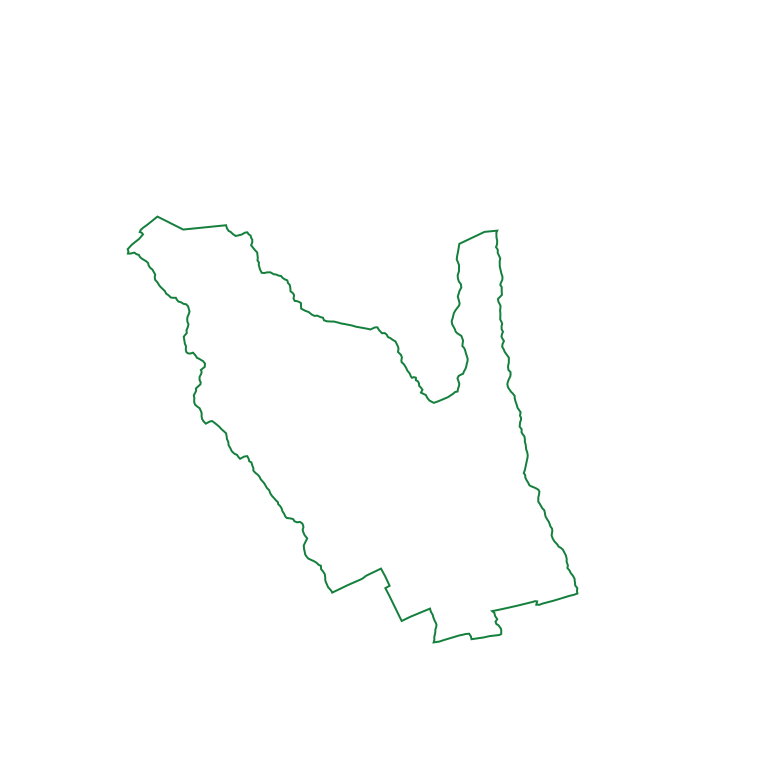 Githunguri, Central, Kenya (Albers equal-area conic projection), rotated 42°
{"feature_id": "3690345B4833769757076", "entity_name": "Githunguri", "entity_type": "district", "adm_level": 2, "iso_a3": "KEN", "parent_name": "Kenya", "parent_adm1": "Central", "projection": "albers", "projection_center": [36.787, -1.05], "detail": "fine", "context": "isolated", "style": "outline", "palette": "green", "viewbox_px": 768, "rotation_deg": 42, "n_neighbors": 0, "source": "geoboundaries", "source_scale": "gbopen_adm2", "svg_char_len": 6165}
<svg xmlns="http://www.w3.org/2000/svg" viewBox="0 0 768 768"><g transform="rotate(42 384 384)"><path d="M356.9,203.7L346.2,229.4L351.0,237.0L352.7,239.9L354.7,242.8L357.4,244.0L360.3,245.5L364.3,250.1L366.0,253.9L368.3,256.1L371.0,257.7L374.4,258.4L376.9,260.6L377.8,264.3L380.4,269.7L385.9,273.2L387.3,275.3L387.8,281.3L388.5,284.6L391.0,289.2L392.3,292.1L394.5,293.9L400.1,295.9L402.1,297.1L404.3,297.3L409.3,296.5L413.7,298.8L415.2,301.1L416.8,303.3L419.7,303.7L421.5,304.5L423.9,306.1L429.3,309.3L430.9,311.3L432.0,313.7L433.3,315.7L434.4,318.3L435.1,321.4L435.9,323.5L434.7,326.1L434.1,328.1L434.8,330.6L439.8,333.4L441.1,335.4L442.3,338.2L443.7,340.4L442.2,342.3L441.9,345.1L440.3,351.1L435.7,360.9L433.7,364.6L431.7,365.2L428.8,365.9L425.3,365.3L422.5,364.2L417.2,365.7L416.4,362.5L414.0,362.0L411.3,361.8L409.6,360.1L407.1,359.3L405.2,359.9L403.5,358.0L401.6,358.9L400.6,360.7L398.7,360.3L396.1,359.0L392.4,358.4L389.4,357.1L385.5,356.0L382.5,356.0L381.0,354.7L379.5,352.2L377.0,351.0L372.9,350.8L371.2,348.1L369.5,346.9L364.1,344.7L360.7,345.4L357.7,345.7L355.5,346.5L353.0,345.5L350.4,345.7L348.5,347.6L344.4,347.3L341.2,346.3L339.4,348.0L337.4,352.6L334.8,354.0L324.8,360.2L320.8,362.1L316.5,364.7L314.5,365.8L312.0,367.5L308.7,369.1L305.0,371.1L302.8,373.1L299.6,375.6L296.8,376.8L294.4,375.6L291.7,376.9L288.7,377.8L286.9,379.8L284.2,380.7L280.0,380.9L276.4,382.3L272.0,383.4L268.0,379.4L265.8,379.9L263.8,380.7L262.0,382.0L259.7,381.1L257.7,378.1L255.2,377.4L252.6,377.7L249.9,375.1L247.5,373.4L245.1,373.2L242.8,371.7L240.3,372.6L237.7,373.0L235.2,372.6L233.3,373.9L230.6,374.8L228.7,376.2L224.9,377.0L222.5,379.2L220.8,381.6L218.7,383.2L215.3,381.9L211.2,379.3L209.8,377.4L207.4,376.9L205.8,374.7L201.7,371.1L198.8,370.9L192.4,369.8L191.5,367.2L189.7,365.0L187.6,364.3L185.5,363.0L183.0,363.3L181.0,362.7L179.5,364.4L178.1,368.4L174.8,373.2L171.6,373.7L168.1,373.6L166.2,374.2L163.1,373.4L160.4,371.7L131.4,403.6L103.6,411.2L101.6,423.7L100.4,429.3L100.1,432.2L100.8,434.5L102.8,433.7L104.8,434.1L104.9,440.1L103.4,449.0L103.3,455.3L105.4,456.5L106.4,458.4L108.0,457.1L110.6,453.4L113.1,453.2L115.4,452.1L117.5,452.9L120.1,452.9L125.2,451.9L127.8,452.0L129.8,453.4L132.5,454.1L135.3,453.9L140.8,455.8L142.1,458.0L144.2,459.7L147.2,460.0L151.4,461.2L153.4,461.4L159.1,461.6L161.6,462.6L164.9,462.2L167.7,462.4L169.8,460.9L171.6,459.2L173.5,459.9L176.0,460.3L178.7,459.0L181.3,458.6L183.8,457.1L186.5,457.4L191.0,460.3L192.2,462.9L193.0,465.5L194.6,467.8L196.4,469.4L198.6,470.3L200.0,472.7L201.2,476.1L203.3,478.1L203.5,482.8L209.2,487.4L211.6,488.4L213.7,491.1L215.7,492.5L217.8,492.4L219.6,491.1L221.1,488.5L224.8,488.9L227.6,489.7L229.6,489.0L234.3,488.1L237.3,488.6L239.3,491.2L238.9,493.8L238.5,496.1L240.3,496.9L241.3,498.6L242.2,502.1L244.3,504.5L246.7,505.4L247.8,507.1L247.2,513.1L248.9,514.7L249.6,516.9L250.2,519.7L252.5,521.4L253.9,523.2L255.4,524.7L257.6,525.8L260.6,525.7L263.2,525.4L265.3,526.3L267.9,527.6L270.1,530.1L272.2,531.7L275.0,532.5L278.1,532.7L279.7,528.4L280.9,526.6L284.6,526.2L288.7,526.0L290.8,526.0L292.9,526.3L299.6,526.3L302.0,528.1L304.1,530.0L307.0,531.2L309.5,533.5L312.5,534.4L315.8,535.8L319.5,535.9L322.3,535.0L324.3,535.6L327.1,535.9L328.7,531.4L330.7,529.1L333.8,530.3L335.6,531.6L337.9,531.0L340.9,532.8L343.3,534.0L344.9,535.8L347.9,536.1L350.7,535.9L353.4,536.2L356.2,537.3L361.4,537.9L366.5,539.6L369.8,539.8L372.6,541.3L375.5,542.1L382.3,542.8L384.2,542.8L385.8,544.1L388.5,544.2L391.0,544.9L393.7,546.5L396.7,547.3L399.2,548.4L401.2,548.7L404.9,546.2L406.9,545.2L409.3,545.9L411.9,545.0L413.7,542.8L416.4,542.3L418.4,543.1L420.0,544.4L421.1,546.8L423.3,548.2L426.3,549.5L430.2,550.1L432.4,557.7L434.9,560.0L437.7,562.0L439.5,563.4L442.0,564.1L444.5,564.4L447.9,563.4L450.2,562.6L453.2,562.0L456.5,562.1L458.7,561.3L461.2,563.7L464.2,564.1L467.3,565.0L469.8,567.1L471.4,568.9L473.3,570.1L478.4,572.4L483.1,572.9L485.1,573.7L491.7,557.6L497.5,544.8L498.3,542.6L499.0,538.5L505.3,523.2L513.5,526.1L523.2,530.2L521.6,534.8L529.4,537.7L555.7,548.3L559.5,539.0L568.5,520.1L571.2,521.9L574.6,522.9L576.8,524.4L578.6,525.3L580.4,526.2L582.3,526.8L584.2,527.9L585.4,529.7L586.5,532.1L588.1,534.0L589.5,536.2L590.5,538.2L592.6,540.4L593.8,542.8L597.4,538.5L600.2,533.6L608.5,520.0L610.5,517.4L611.9,515.2L614.4,512.6L617.6,513.5L619.8,515.1L627.7,505.6L631.0,500.9L637.7,493.3L638.4,491.4L636.0,488.6L634.3,487.5L630.5,486.7L628.2,487.2L625.9,486.0L625.5,483.0L621.8,482.1L619.3,480.3L616.4,480.4L622.5,472.1L631.3,459.7L640.2,446.6L641.6,444.3L643.3,443.1L644.9,446.1L647.3,444.0L648.5,441.5L654.8,431.9L663.6,417.3L666.1,413.7L667.9,410.3L666.0,408.8L664.3,406.4L660.8,405.7L659.3,404.2L657.8,403.0L655.9,401.2L652.8,400.1L649.1,399.5L646.9,398.5L643.4,398.0L642.2,395.9L638.4,393.7L636.9,391.8L633.9,389.7L627.7,387.4L625.2,387.4L622.7,388.0L620.1,387.3L615.7,386.9L612.4,385.8L609.8,384.3L607.3,380.4L605.5,379.0L603.1,378.5L599.1,376.3L593.2,374.6L591.3,373.4L589.8,372.1L587.4,370.5L585.0,370.5L579.9,368.8L577.6,368.3L576.0,366.7L574.6,365.1L573.1,362.3L571.5,360.0L569.6,359.3L567.6,359.6L564.8,360.4L562.8,361.2L559.9,362.0L557.0,360.8L554.4,360.1L551.5,358.9L549.9,357.2L547.5,356.7L546.2,353.6L539.8,342.5L538.4,340.7L535.8,338.7L533.3,337.4L531.6,335.8L529.5,334.0L527.3,332.7L525.7,330.8L523.2,328.9L521.0,328.6L518.6,327.9L516.5,325.5L513.3,324.9L510.6,321.1L509.9,319.1L508.5,317.4L506.3,316.6L504.4,313.6L499.1,312.3L496.3,310.5L493.3,308.9L490.5,307.0L489.2,305.5L486.2,304.9L483.6,304.8L478.4,303.5L475.9,301.7L474.7,299.8L473.8,297.5L472.7,293.7L471.5,292.0L470.0,290.5L467.2,290.3L465.2,288.8L463.7,286.9L462.7,284.9L459.2,280.9L452.0,279.3L449.9,278.2L447.0,277.3L445.4,275.1L444.4,271.8L441.8,271.1L439.5,270.1L438.2,267.7L437.5,265.6L434.8,264.6L432.7,262.4L431.6,260.2L429.5,259.1L427.2,258.3L423.5,253.9L421.1,251.7L419.5,249.4L418.1,247.8L414.0,246.3L411.8,244.6L412.0,238.9L409.5,236.4L406.6,233.2L404.2,232.6L403.2,230.7L402.2,227.4L400.4,225.1L397.1,223.2L392.8,220.2L391.2,219.0L387.7,215.2L386.4,212.9L380.7,210.4L378.7,208.1L375.6,207.3L374.7,204.8L373.3,203.0L371.9,201.5L369.7,200.0L366.3,196.4L365.5,194.3L356.9,203.7Z" fill="none" stroke="#15803d" stroke-width="2"/></g></svg>